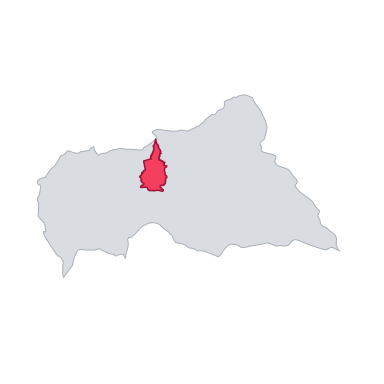 Kaga-Bandoro, Nana-Grébizi, Central African Republic (highlighted), rotated 9°
{"feature_id": "33826404B9567885504809", "entity_name": "Kaga-Bandoro", "entity_type": "district", "adm_level": 2, "iso_a3": "CAF", "parent_name": "Central African Republic", "parent_adm1": "Nana-Grébizi", "projection": "albers", "projection_center": [19.16, 7.502], "detail": "fine", "context": "in_parent", "style": "filled", "palette": "rose", "viewbox_px": 384, "rotation_deg": 9, "n_neighbors": 0, "source": "geoboundaries", "source_scale": "gbopen_adm2", "svg_char_len": 7809}
<svg xmlns="http://www.w3.org/2000/svg" viewBox="0 0 384 384"><g transform="rotate(9 192 192)"><path d="M265.6,142.4L269.1,143.3L269.7,144.4L268.8,147.9L269.5,150.1L271.5,151.9L273.5,152.7L275.4,153.1L282.0,154.2L284.8,155.5L288.5,159.5L293.1,163.2L294.3,165.2L294.1,167.0L292.8,169.2L293.0,170.1L295.1,172.3L297.6,174.5L302.0,177.0L309.7,180.8L313.3,183.3L314.5,185.3L316.5,187.4L319.3,189.4L321.1,190.9L319.9,195.2L320.3,196.6L321.0,197.8L322.7,199.5L323.3,201.7L325.0,204.4L326.9,205.6L330.0,206.0L331.7,207.2L335.2,209.3L338.6,211.1L340.1,212.4L341.0,213.5L341.8,214.8L342.2,216.2L342.3,219.1L343.0,222.7L344.8,225.1L346.5,226.9L339.6,224.9L338.6,224.9L337.4,225.3L333.8,228.0L332.7,228.3L328.2,227.8L317.2,226.0L308.7,224.1L306.2,223.4L301.7,222.8L298.7,224.2L296.0,228.9L295.2,229.8L290.8,231.2L288.8,230.9L283.7,232.2L275.8,230.4L273.1,230.8L270.9,231.8L265.3,233.9L261.9,235.2L257.9,236.3L254.1,238.0L251.6,238.9L249.1,239.0L246.9,238.0L244.4,237.2L241.5,237.1L238.4,237.6L235.8,239.5L234.8,240.8L232.5,244.3L229.9,250.0L228.9,251.2L227.9,251.8L215.6,249.0L210.4,248.4L206.8,249.3L202.3,247.7L200.3,247.4L199.4,247.9L196.9,247.2L192.9,245.3L189.0,244.5L185.5,244.8L183.4,244.2L181.7,242.3L179.4,238.8L175.4,235.4L170.1,232.7L166.7,230.6L165.4,229.2L162.5,228.5L158.1,228.3L153.9,229.7L147.8,234.0L142.1,242.8L139.0,246.1L136.5,247.0L135.8,249.1L137.1,252.5L137.4,256.4L136.5,262.9L136.8,267.7L135.5,267.0L134.2,264.7L133.6,264.3L129.8,265.3L127.9,266.2L126.9,267.1L126.1,267.2L124.9,266.0L123.9,265.7L122.5,266.0L121.0,265.9L120.0,265.8L119.4,265.9L117.6,265.2L111.2,263.3L110.1,262.7L108.8,262.7L105.4,264.3L103.7,264.8L98.3,265.7L92.6,266.2L90.5,266.2L89.0,266.9L88.0,267.9L86.2,274.0L85.7,275.0L85.8,276.5L85.3,281.4L85.5,283.0L78.5,296.3L77.4,294.1L76.7,291.4L76.5,288.4L76.6,287.6L76.2,286.8L75.6,284.3L76.2,282.7L75.8,281.1L74.5,279.4L73.3,278.2L72.6,277.1L72.0,276.6L70.7,276.4L68.9,275.8L61.4,267.9L53.6,259.0L52.0,256.1L51.4,254.4L53.3,254.2L53.8,254.0L53.8,253.2L52.7,250.9L52.1,248.0L51.2,246.2L48.1,243.5L45.2,241.4L44.2,240.4L43.7,238.8L42.7,229.3L42.2,226.5L41.3,225.4L40.6,224.8L40.4,224.1L40.5,222.4L40.9,220.9L40.9,220.3L41.7,219.0L41.8,210.1L40.9,208.9L39.1,208.9L38.2,207.6L37.5,205.9L37.7,204.8L39.4,203.0L40.5,202.3L43.9,200.9L44.8,200.3L45.4,199.4L45.8,198.2L47.8,193.7L50.7,189.2L52.0,188.2L55.0,181.6L55.6,179.9L56.2,178.2L57.1,176.8L60.3,174.6L62.7,170.7L65.3,170.9L67.9,171.5L71.4,171.9L74.0,171.1L75.8,169.6L84.1,167.0L84.7,164.9L86.0,163.8L87.5,162.8L88.0,162.7L88.1,163.4L89.0,165.6L90.9,167.8L93.7,170.2L94.4,170.1L96.2,168.3L100.5,167.1L101.6,166.6L104.6,164.0L108.3,162.3L110.5,161.7L114.2,160.0L116.8,160.2L121.1,159.9L128.2,159.1L133.3,158.8L135.9,158.5L136.5,158.2L137.5,155.6L138.3,154.9L140.2,153.8L144.0,149.9L146.5,146.7L147.2,145.5L147.7,145.3L148.8,143.9L147.7,142.5L143.5,139.6L143.6,139.2L143.3,138.7L143.6,138.3L145.2,137.2L147.3,135.8L149.6,135.3L155.7,135.4L160.8,135.1L162.0,135.2L166.0,134.5L168.7,133.9L171.5,132.5L177.9,132.6L183.2,129.1L184.7,128.4L185.4,127.9L185.6,127.3L188.1,125.9L190.8,123.0L193.0,120.4L193.6,118.6L199.6,112.3L201.7,112.4L202.7,111.6L205.1,107.5L205.8,106.7L208.3,105.9L209.4,104.7L210.4,102.9L210.4,100.6L210.0,98.8L209.9,97.9L210.5,97.1L211.5,96.3L216.0,94.0L217.2,92.9L217.8,91.9L219.1,91.7L220.5,91.8L221.4,91.2L222.4,90.2L225.5,88.8L228.4,87.7L231.5,88.1L237.0,89.5L238.7,92.4L239.5,93.4L246.5,100.4L247.8,102.1L251.3,107.1L253.4,110.6L255.8,115.5L256.1,118.2L255.8,120.5L255.4,127.0L254.8,128.9L251.8,132.5L251.7,134.0L252.3,135.4L253.2,135.9L253.8,136.5L253.5,139.6L254.6,140.8L256.9,141.6L262.6,142.0L265.6,142.4Z" fill="#d9dde1" stroke="#a8b0b8" stroke-width="1"/><path d="M148.0,145.8L148.0,146.6L148.0,146.8L148.0,147.0L147.7,147.2L147.6,147.3L147.6,147.5L147.8,147.7L147.9,147.8L148.0,147.9L148.0,148.0L147.8,148.2L147.7,148.3L147.5,148.6L147.6,148.9L147.7,149.1L147.9,149.3L148.0,149.5L147.8,149.8L147.7,149.9L147.5,150.0L147.5,150.4L147.6,150.5L147.5,150.9L147.3,150.9L147.2,151.0L147.2,151.4L147.3,151.5L147.3,151.8L147.1,152.1L146.9,152.3L146.6,152.4L146.6,152.8L146.6,153.0L146.6,153.3L146.7,153.5L146.9,153.7L147.1,153.7L147.2,153.8L147.4,153.8L147.5,153.9L147.6,154.3L147.7,154.5L147.7,154.8L147.6,155.1L147.7,155.5L147.8,155.6L147.8,155.8L147.7,155.9L147.6,156.0L147.4,156.1L147.4,156.3L147.6,156.9L147.5,157.1L147.3,157.3L147.2,157.4L147.2,157.6L147.4,157.7L147.6,157.8L147.6,158.1L147.4,158.2L147.3,158.3L147.3,158.5L147.2,158.9L146.9,159.0L146.8,159.4L146.8,159.6L146.8,159.8L146.9,160.0L146.6,160.3L146.6,160.5L146.8,160.6L146.8,160.8L146.8,161.0L146.7,161.3L146.4,161.5L146.1,161.6L145.9,161.8L146.1,162.1L146.3,162.2L146.4,162.3L146.3,162.6L146.1,162.8L145.8,162.9L145.6,163.0L145.7,163.3L146.0,163.6L145.9,164.0L145.7,164.3L145.7,164.5L145.7,165.0L145.8,165.1L146.0,165.3L146.3,165.3L146.5,165.3L146.6,165.5L146.4,165.6L146.2,165.7L145.8,165.8L145.7,165.9L144.0,166.7L139.5,168.9L139.7,170.0L140.8,172.9L142.5,177.7L142.3,178.0L142.1,178.1L141.9,178.2L141.6,178.3L141.4,178.3L141.1,178.4L141.0,178.5L140.9,178.6L140.7,178.9L140.7,179.1L140.8,179.3L140.8,179.5L140.8,179.8L140.7,179.9L140.5,180.0L140.3,180.2L140.0,180.3L139.6,180.5L139.3,180.7L139.3,181.0L139.9,181.2L140.1,181.3L140.3,181.4L140.3,181.5L140.2,181.7L140.1,181.8L139.9,181.8L139.7,181.9L139.6,182.0L139.4,182.2L139.3,182.5L139.2,182.7L139.2,183.0L139.2,183.5L139.0,183.9L138.9,184.1L138.5,184.2L138.4,184.2L138.2,184.3L138.1,184.5L138.0,184.9L137.9,185.2L138.1,185.3L139.4,186.3L139.6,186.8L139.8,188.0L140.1,188.1L140.3,188.1L140.4,188.3L140.3,188.5L140.1,188.9L140.0,189.3L141.7,190.7L142.4,190.8L142.9,191.0L143.1,191.3L143.3,191.6L143.3,191.8L143.3,192.1L143.1,192.4L142.5,192.6L141.8,193.1L141.2,193.3L140.7,193.8L140.6,194.6L140.5,195.3L142.0,195.3L144.7,194.7L145.7,194.5L146.3,194.4L146.6,194.4L146.8,194.5L147.1,194.7L147.3,194.9L147.8,195.8L147.8,196.0L148.0,196.4L148.4,196.6L148.7,196.8L149.1,197.0L149.8,197.2L150.2,197.3L150.6,197.2L151.2,197.1L152.1,196.7L152.7,196.8L154.7,196.7L155.7,196.2L157.6,195.7L159.3,195.6L162.7,196.0L163.2,195.3L163.3,194.9L163.3,194.4L163.1,194.2L162.7,194.1L162.3,193.9L162.1,193.7L161.8,193.7L161.4,193.8L161.2,193.6L161.1,192.8L160.7,192.4L159.9,192.2L159.7,192.0L159.5,191.4L159.6,190.8L159.9,190.5L160.7,190.2L161.4,190.0L162.0,190.2L162.7,190.0L163.1,189.7L163.0,189.1L163.1,188.8L164.0,188.3L164.3,187.6L164.3,187.0L164.1,186.4L164.0,186.1L164.2,185.7L164.2,185.2L164.0,184.0L163.7,183.8L163.7,183.5L164.0,183.1L164.2,182.8L164.7,181.7L164.9,181.1L164.8,180.8L164.5,180.3L163.8,179.8L162.7,179.0L162.6,177.6L162.0,176.5L161.8,176.3L161.3,174.6L161.2,173.6L161.3,172.8L161.6,172.1L162.2,171.9L163.0,170.7L162.9,170.2L162.7,170.3L162.4,170.7L162.0,170.6L161.8,170.3L161.6,170.2L161.4,170.2L161.2,170.2L160.7,170.0L160.1,170.0L159.9,169.8L159.9,169.2L160.2,168.7L160.3,168.2L160.1,167.9L159.6,167.8L159.7,167.5L159.9,167.2L160.1,167.0L159.7,167.0L159.4,167.1L159.1,166.9L158.6,166.7L158.6,166.4L158.4,166.2L158.2,166.0L157.9,166.0L157.6,166.3L157.3,166.3L157.0,166.1L156.6,165.6L156.4,165.7L156.4,166.1L156.2,166.1L156.1,165.8L155.5,165.2L155.3,165.2L155.1,165.5L154.7,165.7L154.4,165.1L153.8,164.3L153.9,164.0L154.3,163.9L154.5,163.6L154.4,163.4L154.1,163.2L153.9,162.8L153.8,162.6L154.1,162.2L154.5,162.0L154.6,161.9L154.4,161.6L154.3,161.4L154.1,161.1L154.5,160.6L154.6,160.2L154.4,159.7L154.3,159.1L154.7,158.9L155.0,158.8L155.2,158.7L154.7,158.4L154.5,157.9L154.6,157.5L154.9,157.2L154.6,156.8L154.6,156.6L154.3,156.3L154.2,155.6L153.6,155.3L153.3,154.8L152.8,154.5L152.6,154.0L152.4,153.6L152.1,153.5L152.0,153.3L151.9,153.0L151.8,152.8L151.9,152.5L151.9,152.4L151.8,152.2L151.6,152.0L151.5,151.5L151.3,151.2L150.9,150.8L150.6,150.4L150.2,150.4L149.6,149.7L149.2,148.6L148.7,148.3L148.4,146.8L148.3,146.0L148.0,145.8Z" fill="#f43f5e" stroke="#9f1239" stroke-width="1.5"/></g></svg>